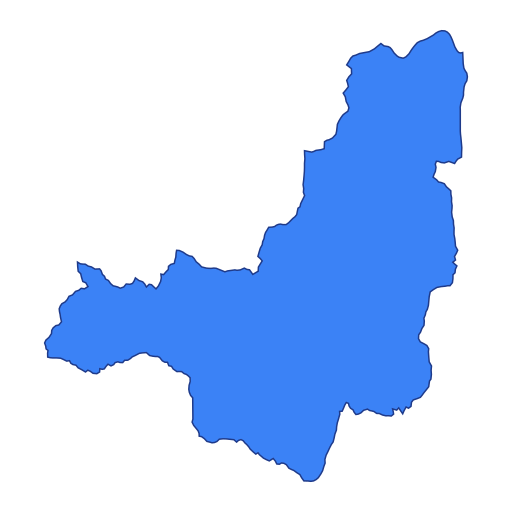 outline of Botucatu, São Paulo, Brazil
{"feature_id": "56859067B91204286934079", "entity_name": "Botucatu", "entity_type": "district", "adm_level": 2, "iso_a3": "BRA", "parent_name": "Brazil", "parent_adm1": "São Paulo", "projection": "equal_earth", "projection_center": [-48.5, -22.839], "detail": "fine", "context": "isolated", "style": "filled", "palette": "blue", "viewbox_px": 512, "rotation_deg": 0, "n_neighbors": 0, "source": "geoboundaries", "source_scale": "gbopen_adm2", "svg_char_len": 6006}
<svg xmlns="http://www.w3.org/2000/svg" viewBox="0 0 512 512"><path d="M462.7,52.5L460.8,53.0L458.7,52.5L457.1,50.8L454.9,47.0L452.4,40.2L451.0,37.0L449.5,34.3L447.3,32.1L444.9,30.9L441.6,30.7L438.5,31.6L435.8,33.1L433.5,35.0L427.1,38.7L423.2,40.3L420.3,41.1L417.3,42.7L415.4,44.8L413.9,46.6L412.3,48.7L410.8,50.9L409.0,53.8L405.9,56.9L403.2,58.2L398.9,57.2L397.1,56.0L394.1,53.0L391.8,49.5L390.1,47.6L388.2,46.6L384.0,45.9L380.9,43.5L377.2,46.5L374.5,48.8L369.3,51.7L365.4,52.4L359.6,53.5L355.9,55.1L352.9,56.0L350.7,58.2L348.7,61.7L346.7,64.9L351.4,68.6L351.6,73.9L348.9,76.8L346.7,80.4L347.6,83.2L348.4,86.7L346.1,89.7L343.2,93.1L345.3,96.8L346.2,101.5L348.0,105.0L348.9,107.8L347.9,111.2L344.4,113.7L342.8,115.1L340.8,117.9L339.0,120.9L337.4,124.3L337.1,127.0L336.6,131.2L335.9,134.3L332.5,138.0L329.0,139.8L327.0,140.2L324.5,141.7L324.2,148.7L320.9,149.7L315.9,150.4L313.9,151.4L311.7,152.1L304.5,150.7L304.6,154.4L304.9,158.7L304.5,163.3L304.5,167.7L304.4,171.2L304.1,175.1L303.7,179.8L303.1,184.7L303.7,188.6L303.4,192.3L304.6,195.6L302.4,200.1L300.7,203.6L300.0,206.8L298.0,208.2L297.4,211.0L296.7,214.6L294.9,216.8L292.9,218.4L291.1,220.2L288.7,222.7L286.1,224.6L282.9,224.6L280.4,224.1L278.4,224.4L276.4,225.2L274.7,226.5L272.2,227.1L268.7,227.3L266.9,230.4L265.6,232.4L264.6,235.2L264.0,238.7L262.7,241.6L262.2,244.8L260.3,248.2L259.2,251.8L257.9,256.4L260.3,258.6L262.2,260.9L260.7,263.3L258.4,267.1L258.2,271.2L252.8,274.4L249.5,269.8L246.8,269.4L244.3,268.1L240.3,269.9L237.0,270.3L234.9,269.9L227.6,270.9L224.9,271.8L216.2,268.3L213.9,268.1L211.0,268.4L208.3,268.3L206.3,268.1L201.6,266.9L199.1,264.2L196.2,261.8L194.1,258.5L192.1,256.4L189.3,255.9L186.4,254.5L183.1,252.2L179.3,250.5L176.6,250.3L176.1,253.2L175.8,257.2L175.0,259.9L174.3,263.4L170.8,264.4L168.5,266.3L168.3,269.5L166.2,271.6L163.6,274.6L160.9,274.1L161.3,277.9L160.6,281.5L158.4,286.0L156.0,288.9L153.7,286.8L151.5,284.7L149.2,284.3L146.4,287.0L144.7,284.0L142.7,281.8L138.9,280.5L135.4,277.9L134.1,281.0L132.5,283.4L130.0,284.3L126.2,284.0L123.7,287.0L120.2,288.2L117.8,287.0L115.3,286.3L113.1,285.8L110.6,283.6L108.4,280.5L105.5,279.0L104.5,276.3L102.4,274.4L101.1,270.8L99.6,268.9L95.0,269.1L91.4,266.9L88.2,266.1L85.3,264.2L82.8,264.1L80.3,263.8L77.5,262.1L77.7,266.6L78.2,271.3L80.7,273.7L81.5,277.2L82.8,281.5L85.8,282.8L88.0,286.6L84.5,288.8L81.2,288.3L78.8,290.3L75.5,291.4L72.5,294.9L69.0,296.3L67.3,299.5L65.0,302.0L61.9,303.7L60.3,306.0L59.2,308.8L59.5,311.7L60.1,314.4L60.5,317.3L61.5,321.8L58.8,325.0L55.9,325.6L53.2,327.8L51.7,330.4L51.5,333.6L49.0,337.4L45.9,340.1L44.6,343.0L45.7,346.0L46.1,348.9L48.0,350.4L47.6,353.2L47.7,357.1L50.1,357.7L52.5,357.9L56.2,357.9L60.6,358.2L63.5,359.5L66.7,361.1L69.5,360.7L70.8,363.2L72.8,364.5L76.0,365.2L78.1,367.8L81.9,369.8L85.5,372.0L87.8,370.2L90.3,371.3L93.0,373.3L96.8,373.7L99.6,372.0L99.8,368.7L102.2,369.3L104.3,368.9L106.1,366.3L108.0,364.2L111.0,365.9L113.7,364.6L115.1,362.6L117.9,361.8L119.9,362.5L122.7,362.6L124.6,360.3L127.8,360.2L130.5,358.5L132.2,356.9L135.4,355.4L139.4,353.3L142.3,352.9L146.4,352.6L149.6,355.5L152.8,356.2L155.4,356.5L157.7,356.5L159.6,357.4L162.3,360.8L164.8,362.2L167.5,362.3L168.8,365.7L171.5,366.3L173.2,369.0L176.9,371.6L178.9,371.5L181.6,371.6L184.1,373.6L186.4,374.4L188.3,375.9L190.1,377.7L190.2,381.5L189.1,385.3L188.8,389.3L189.3,392.2L190.6,395.4L192.7,397.8L192.9,419.1L192.1,422.1L193.7,425.4L196.0,428.2L198.1,430.8L199.1,433.5L199.2,436.2L201.5,436.6L204.3,438.6L206.9,441.4L210.1,442.2L212.0,442.8L214.5,442.5L216.9,441.5L219.3,439.2L223.0,438.8L226.3,438.9L233.9,439.7L236.6,442.1L238.5,440.4L241.0,439.6L243.3,440.8L244.9,442.9L246.6,444.4L248.8,446.9L250.2,449.1L253.3,452.0L255.8,454.1L258.0,452.8L259.4,454.7L261.7,456.6L263.4,458.1L266.3,459.6L269.3,460.9L273.2,458.5L275.3,461.0L276.8,464.0L279.5,464.2L281.4,463.0L283.9,463.3L286.4,464.7L288.9,468.2L291.5,469.5L293.9,470.5L296.7,472.6L299.9,474.6L301.6,477.7L303.9,480.9L308.1,481.0L310.8,481.3L313.6,480.9L316.2,479.5L318.3,477.7L320.8,474.0L322.6,470.7L323.9,466.3L325.1,463.1L324.9,459.5L326.1,455.2L327.8,451.8L329.6,447.9L331.4,444.4L333.1,442.0L334.1,438.1L334.9,434.1L336.4,430.1L336.6,426.8L337.3,422.8L338.4,419.3L339.1,416.7L339.8,414.3L339.6,411.4L342.2,411.2L343.6,408.0L344.8,405.0L346.3,402.5L348.5,403.4L349.1,406.0L350.6,408.3L353.1,409.9L354.1,412.2L355.9,414.5L358.3,414.1L361.0,412.8L363.6,410.3L367.5,409.1L369.6,410.5L371.7,410.9L374.0,411.5L376.6,413.4L379.3,413.5L382.5,415.0L385.8,415.8L388.3,415.7L391.3,416.0L393.6,414.1L393.2,411.5L392.6,408.9L396.7,410.1L398.7,407.9L400.7,410.9L402.7,413.8L404.0,410.8L406.1,407.0L408.5,408.2L411.0,406.4L411.5,402.2L413.3,399.9L417.2,398.6L420.4,397.3L422.2,395.1L424.0,392.6L426.2,389.9L428.7,386.7L429.5,381.0L430.9,379.2L431.4,374.4L431.1,370.3L431.5,366.0L429.2,361.9L428.8,357.5L428.4,351.7L428.7,348.7L426.9,345.5L424.2,343.9L420.3,341.9L418.5,338.7L418.7,334.8L420.5,332.2L421.9,328.5L424.0,325.3L424.3,321.1L423.9,318.2L425.3,314.9L425.9,311.8L427.3,309.4L428.4,305.4L428.8,301.0L429.2,296.7L430.2,291.9L433.5,289.5L437.0,287.4L441.1,286.6L445.2,286.2L447.8,285.7L450.0,285.7L452.4,282.7L452.9,278.9L453.0,274.7L455.0,272.8L455.4,269.2L456.9,265.9L454.4,263.8L452.8,262.2L455.5,260.0L454.5,256.5L456.4,253.2L457.7,250.2L455.5,246.2L455.2,242.5L454.8,238.7L454.0,234.5L454.0,231.4L454.1,228.0L453.5,224.1L453.4,220.6L452.2,216.9L451.6,212.2L452.0,208.3L452.1,205.6L451.5,201.7L451.6,197.9L450.9,194.3L450.8,190.8L448.8,188.9L446.4,186.8L444.3,183.7L441.1,182.5L438.5,182.0L436.7,179.9L433.1,177.2L434.0,174.4L435.3,171.6L436.0,167.4L435.3,164.1L436.4,161.3L438.5,161.4L441.1,162.5L444.4,162.9L448.8,161.4L454.6,163.5L455.9,161.4L457.7,159.1L461.5,157.1L461.6,152.3L461.8,147.7L461.4,143.0L460.9,137.7L460.5,134.3L460.3,131.2L460.3,127.6L460.3,121.6L460.3,115.9L460.3,110.5L460.2,107.2L460.9,102.8L462.8,98.0L463.5,95.1L463.5,92.2L464.1,86.8L465.1,83.6L466.8,80.8L467.4,76.8L466.8,73.2L465.1,70.6L463.9,68.2L463.2,63.6L462.7,52.5Z" fill="#3b82f6" stroke="#1e3a8a" stroke-width="1.5"/></svg>